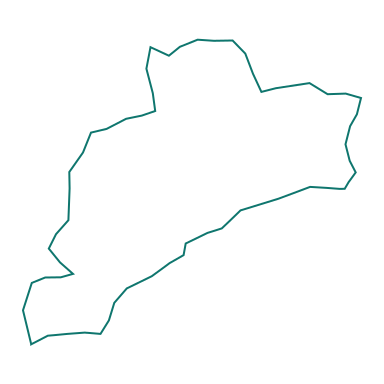 outline of Lac Wey, Logone Occidental, Chad
{"feature_id": "50815135B84328468709684", "entity_name": "Lac Wey", "entity_type": "district", "adm_level": 2, "iso_a3": "TCD", "parent_name": "Chad", "parent_adm1": "Logone Occidental", "projection": "orthographic", "projection_center": [15.996, 8.649], "detail": "fine", "context": "isolated", "style": "outline", "palette": "teal", "viewbox_px": 384, "rotation_deg": 0, "n_neighbors": 0, "source": "geoboundaries", "source_scale": "gbopen_adm2", "svg_char_len": 1012}
<svg xmlns="http://www.w3.org/2000/svg" viewBox="0 0 384 384"><path d="M232.6,40.5L213.9,40.8L197.6,39.7L179.9,46.8L168.9,55.7L150.5,47.2L146.4,68.7L152.8,93.2L155.2,111.0L141.8,115.6L126.1,118.8L106.6,128.9L91.0,132.6L83.0,152.5L69.3,172.0L69.6,188.5L68.4,220.2L56.0,234.2L48.8,248.6L60.0,262.4L73.0,273.9L60.8,277.3L45.2,277.5L31.8,282.9L23.0,310.3L31.2,344.2L31.2,344.3L47.8,335.7L54.8,335.1L67.4,333.9L84.8,332.6L86.9,332.8L87.3,332.8L89.8,333.0L100.4,333.9L100.5,333.9L108.9,320.4L114.3,302.8L126.8,288.4L151.8,276.2L167.1,265.0L169.6,263.1L171.4,262.1L183.6,255.1L185.1,246.8L185.7,243.5L207.5,232.9L214.9,230.6L221.8,228.4L223.8,226.5L230.3,220.3L239.5,211.4L240.5,210.4L278.5,198.7L310.1,186.9L326.8,187.9L339.8,188.9L344.2,188.8L344.7,188.8L348.3,182.7L348.7,182.0L349.4,181.1L352.9,176.3L355.7,172.4L349.7,160.8L345.5,144.3L350.1,126.2L356.9,114.3L361.0,98.0L345.7,93.6L327.6,94.2L309.5,83.1L275.9,88.2L261.4,91.9L253.0,73.8L245.3,53.6L232.6,40.5Z" fill="none" stroke="#0f766e" stroke-width="2"/></svg>